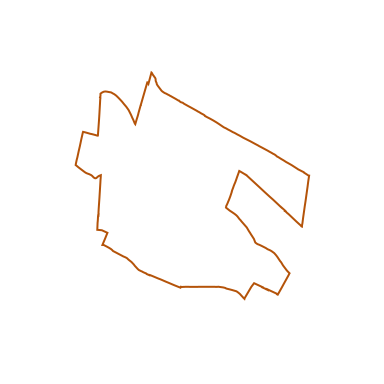 Oudewater, Utrecht, Netherlands, rotated 233°
{"feature_id": "6326949B94693963978568", "entity_name": "Oudewater", "entity_type": "district", "adm_level": 2, "iso_a3": "NLD", "parent_name": "Netherlands", "parent_adm1": "Utrecht", "projection": "natural_earth1", "projection_center": [4.869, 52.025], "detail": "fine", "context": "isolated", "style": "outline", "palette": "amber", "viewbox_px": 384, "rotation_deg": 233, "n_neighbors": 0, "source": "geoboundaries", "source_scale": "gbopen_adm2", "svg_char_len": 5864}
<svg xmlns="http://www.w3.org/2000/svg" viewBox="0 0 384 384"><g transform="rotate(233 192 192)"><path d="M311.8,231.5L311.1,230.6L304.7,222.4L305.3,222.5L306.0,222.7L306.7,222.8L307.0,223.0L295.5,207.7L292.8,204.1L292.4,203.5L292.1,203.4L292.1,203.1L287.6,197.2L287.2,196.7L286.2,195.5L285.7,194.8L285.3,194.3L283.3,191.5L280.3,187.5L280.8,187.5L281.8,187.7L285.2,188.6L286.9,188.9L290.2,189.7L291.2,189.9L295.1,190.6L295.9,190.7L299.2,190.8L299.9,190.8L303.1,190.6L306.3,190.5L309.3,190.2L311.8,189.9L314.4,189.5L315.2,189.3L316.5,188.9L316.9,188.8L317.9,188.3L320.1,187.4L320.7,186.9L321.2,186.4L323.5,184.3L324.5,183.2L324.7,182.8L325.1,182.1L325.3,181.5L325.4,180.9L325.6,179.8L325.6,179.0L325.6,178.1L324.5,177.2L324.0,176.9L323.0,175.6L322.8,175.8L322.4,175.5L321.6,174.9L321.3,174.5L317.6,171.4L309.7,164.7L309.2,164.3L309.1,164.2L308.9,164.0L308.4,163.6L305.5,161.1L301.6,157.7L293.7,150.8L293.8,150.6L293.9,150.4L294.0,150.3L295.8,149.0L298.7,146.7L299.8,145.7L301.7,144.3L304.3,142.3L305.6,141.2L305.1,140.5L300.7,135.3L297.9,132.1L295.9,129.8L292.9,126.2L289.7,122.5L288.5,121.1L287.1,119.3L284.4,116.2L283.5,115.3L282.5,115.6L279.9,116.2L272.8,118.2L271.6,118.6L270.7,119.0L270.0,119.4L268.6,120.3L268.0,120.7L267.0,121.2L266.5,121.5L265.5,121.8L265.0,122.0L264.6,122.0L263.1,122.2L262.8,122.2L262.3,122.4L261.6,122.7L261.3,122.9L261.0,123.3L260.9,123.5L260.8,123.8L260.7,124.2L260.8,124.6L260.9,126.0L260.9,126.4L260.9,126.8L260.8,127.6L260.3,129.3L258.5,127.8L256.7,126.2L254.8,124.6L243.2,114.7L234.9,107.5L231.7,104.8L231.3,104.6L230.9,104.4L229.6,103.2L229.9,103.1L229.1,102.3L227.8,101.2L226.6,100.2L224.8,98.6L224.4,98.2L218.8,93.6L215.7,97.0L210.3,99.9L208.2,96.4L207.0,94.4L205.5,91.8L203.6,88.6L202.8,89.6L202.2,89.9L200.7,90.6L200.3,90.8L199.0,91.4L197.2,92.2L195.4,92.9L193.8,93.3L192.5,93.4L192.0,93.6L190.1,94.5L189.3,94.9L188.0,95.5L182.7,98.0L182.0,98.3L180.3,99.3L178.7,100.1L178.0,100.3L176.6,100.5L174.9,100.9L173.9,101.2L172.2,101.6L171.0,101.7L169.3,101.9L167.4,101.9L165.4,102.1L163.3,102.3L161.7,102.6L161.3,102.8L159.5,103.7L158.5,104.3L157.9,104.5L156.7,105.1L154.5,106.4L154.1,106.5L154.0,106.4L153.8,106.4L152.6,107.1L151.2,107.9L151.4,108.1L150.9,108.5L148.9,109.7L143.9,112.6L142.7,113.3L142.3,113.6L140.3,114.8L136.9,116.7L136.5,117.0L136.2,117.1L134.2,118.3L128.3,121.7L123.5,124.6L122.7,125.1L122.8,125.2L123.0,125.6L123.1,126.0L122.9,126.1L122.8,126.3L122.7,126.4L122.4,126.5L120.8,128.9L118.2,132.4L117.6,133.1L116.9,134.0L109.1,144.5L104.0,151.3L102.5,153.2L101.2,154.8L100.5,156.0L97.0,159.5L95.4,160.8L95.0,161.0L94.6,161.1L94.1,161.4L91.9,163.2L89.9,164.8L86.4,167.4L86.0,167.7L85.8,167.8L83.9,168.4L81.8,168.9L79.4,169.1L77.5,169.3L76.2,169.4L75.1,169.6L75.5,170.1L75.8,170.8L80.6,182.4L81.8,186.7L73.5,191.1L73.4,190.8L71.3,191.9L71.3,192.0L69.8,192.8L69.7,192.7L69.2,193.0L69.4,193.4L68.4,193.9L68.2,193.5L67.6,193.8L67.9,194.4L67.8,194.2L59.2,198.8L59.0,198.4L58.4,198.7L60.8,204.2L61.9,206.7L63.4,210.0L67.5,219.2L68.1,220.3L68.4,221.0L71.2,220.6L72.6,220.5L74.2,220.5L75.8,220.5L78.4,220.5L79.6,220.6L81.2,220.8L82.7,220.9L83.8,220.8L88.6,221.1L90.9,221.1L93.7,220.9L97.0,219.9L98.8,219.1L100.7,218.0L101.2,217.8L102.9,217.2L107.2,215.1L109.3,214.0L110.7,213.1L111.6,212.7L113.3,212.2L113.5,212.2L113.8,212.2L117.2,213.2L118.5,213.3L122.6,213.6L124.6,213.8L126.4,213.9L128.2,214.1L130.7,214.4L136.3,214.0L139.1,213.8L140.4,213.8L141.7,213.6L143.7,213.6L145.0,213.6L146.7,213.4L149.0,212.8L150.5,212.3L152.0,211.8L154.5,210.9L157.3,210.2L159.0,209.7L158.9,209.7L159.0,209.7L159.1,209.9L159.5,210.2L160.2,210.9L161.2,212.9L161.3,213.0L161.5,213.4L161.9,214.1L162.3,214.7L163.3,216.5L165.5,220.0L167.5,222.9L168.2,223.9L168.3,223.9L169.0,224.8L169.9,226.2L170.3,226.9L170.8,227.6L171.1,228.1L171.6,228.8L172.7,230.6L173.1,231.3L173.6,232.2L175.5,235.1L176.6,236.7L179.6,241.3L180.3,242.2L180.4,242.4L178.3,243.3L174.6,244.8L173.6,245.3L173.0,245.5L173.0,245.4L172.5,245.6L163.2,247.3L155.5,248.7L147.6,250.1L141.7,251.2L137.3,252.1L129.8,253.4L126.7,253.9L126.7,254.0L125.3,254.2L125.3,254.3L121.8,255.0L120.5,255.2L120.5,254.9L120.3,255.0L117.9,255.4L117.3,255.5L117.0,255.6L116.9,255.7L105.5,257.6L101.3,258.4L99.9,258.7L99.0,258.7L98.5,258.8L98.2,259.0L99.2,259.8L100.5,261.3L104.2,264.9L107.1,267.8L112.7,273.4L116.4,277.2L121.4,282.2L126.5,287.3L130.8,291.5L134.6,295.4L134.9,295.1L135.1,294.9L137.7,294.0L140.1,293.1L140.5,293.2L141.1,292.9L145.2,290.9L146.4,290.3L146.6,290.3L153.4,287.8L157.6,286.0L159.1,285.3L162.1,284.2L162.8,283.9L164.5,283.2L166.0,282.6L167.7,282.0L168.9,281.4L169.0,281.3L170.2,281.1L171.7,280.7L172.3,280.5L174.1,279.6L174.5,279.5L175.1,279.2L175.9,278.9L176.5,278.6L177.6,278.1L179.3,277.4L185.8,274.4L188.3,273.2L189.6,272.7L191.7,271.7L197.4,269.1L204.5,265.6L208.5,263.9L209.9,263.2L211.2,262.6L212.4,262.1L213.9,261.4L215.1,260.7L218.1,259.4L220.8,258.1L221.9,257.7L224.6,256.3L225.5,256.0L230.2,254.4L232.7,253.5L236.2,252.1L239.6,250.6L243.1,248.9L244.6,248.3L244.6,248.2L244.9,248.1L245.0,248.2L245.3,248.2L246.0,248.1L247.2,247.6L247.7,247.4L249.1,246.7L251.2,245.9L253.3,244.9L253.5,244.9L259.6,242.2L263.3,240.5L265.6,239.5L267.1,238.8L267.5,238.7L268.9,238.3L269.0,238.2L270.1,237.4L270.5,237.1L270.8,237.0L271.2,236.9L271.4,236.8L272.5,236.6L272.8,236.6L273.0,236.3L273.2,236.2L276.4,234.9L280.5,233.1L280.9,233.0L281.3,232.7L282.7,232.1L283.3,231.9L284.4,231.3L284.9,231.1L285.3,230.9L285.6,230.8L286.2,230.5L286.9,230.1L287.2,229.9L287.6,229.7L288.4,229.4L289.9,228.9L290.2,228.8L291.3,228.6L292.2,228.6L295.4,228.6L296.9,228.6L297.6,228.6L298.6,228.7L298.9,228.7L299.3,228.8L300.6,229.4L301.2,229.5L302.0,229.7L302.3,229.8L302.6,229.9L303.4,230.4L303.8,230.7L304.1,230.9L304.4,231.0L305.1,231.2L305.6,231.3L306.1,231.2L306.8,231.3L309.2,231.3L309.7,231.3L309.9,231.4L311.2,231.6L311.4,231.6L311.8,231.5Z" fill="none" stroke="#b45309" stroke-width="2"/></g></svg>